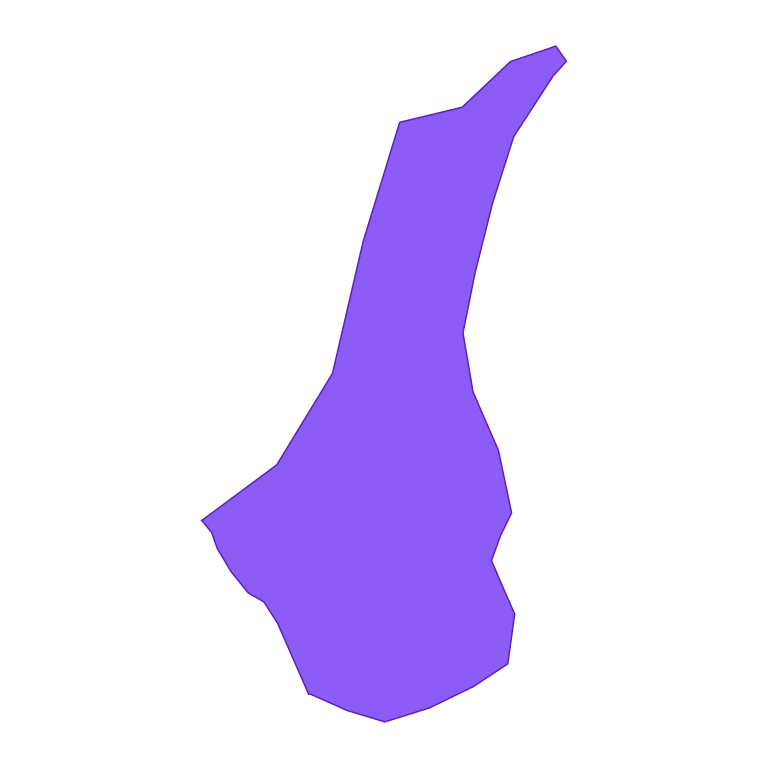 the District of Kangarli
{"feature_id": "AZE-5567", "entity_name": "Kangarli", "entity_type": "District", "adm_level": 1, "iso_a3": "AZE", "parent_name": "Azerbaijan", "parent_adm1": "", "projection": "equal_earth", "projection_center": [45.174, 39.448], "detail": "fine", "context": "isolated", "style": "filled", "palette": "violet", "viewbox_px": 768, "rotation_deg": 0, "n_neighbors": 0, "source": "natural_earth", "source_scale": "10m", "svg_char_len": 570}
<svg xmlns="http://www.w3.org/2000/svg" viewBox="0 0 768 768"><path d="M555.8,46.1L566.4,61.2L566.2,61.5L553.2,75.8L513.7,136.7L492.4,203.7L475.1,272.7L463.0,332.9L473.0,391.8L498.5,450.6L511.6,513.0L500.7,535.2L491.5,560.6L502.6,586.5L514.7,614.0L507.8,663.8L473.2,686.7L429.2,708.0L384.8,721.9L347.1,710.5L309.6,693.8L308.7,694.3L277.6,623.3L263.9,601.9L248.2,592.9L231.1,571.7L217.3,548.5L211.7,532.6L202.4,521.2L201.6,520.6L276.8,464.8L332.5,373.4L363.1,241.7L399.7,122.3L462.2,107.2L510.4,61.6L555.8,46.1Z" fill="#8b5cf6" stroke="#5b21b6" stroke-width="1.5"/></svg>